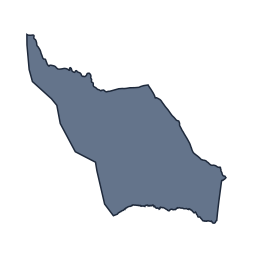 Massingir, Gaza, Mozambique, rotated 354°
{"feature_id": "85939544B66771942168992", "entity_name": "Massingir", "entity_type": "district", "adm_level": 2, "iso_a3": "MOZ", "parent_name": "Mozambique", "parent_adm1": "Gaza", "projection": "orthographic", "projection_center": [32.187, -23.787], "detail": "fine", "context": "isolated", "style": "filled", "palette": "slate", "viewbox_px": 256, "rotation_deg": 354, "n_neighbors": 0, "source": "geoboundaries", "source_scale": "gbopen_adm2", "svg_char_len": 5718}
<svg xmlns="http://www.w3.org/2000/svg" viewBox="0 0 256 256"><g transform="rotate(354 128 128)"><path d="M37.2,24.4L36.2,34.9L35.8,59.5L37.8,71.8L55.0,91.0L59.6,98.0L61.1,116.5L73.1,146.1L92.1,158.6L92.6,167.3L96.8,201.2L104.3,213.7L108.4,212.6L109.4,211.6L110.3,211.1L110.7,211.0L111.5,210.5L112.2,210.4L112.4,210.1L112.6,209.9L112.9,209.9L113.0,209.8L113.4,209.6L113.9,209.6L114.1,209.4L114.7,209.4L116.0,208.4L116.2,208.5L116.2,208.3L116.4,208.3L116.7,207.9L117.1,208.0L117.3,207.8L117.3,207.6L117.5,207.5L117.6,207.3L118.0,207.2L118.4,207.2L118.8,206.8L119.0,206.8L119.5,206.5L119.8,206.5L120.5,206.2L121.8,206.1L122.2,206.2L122.4,206.1L123.2,205.9L123.3,205.6L123.7,205.5L124.1,205.2L124.2,205.3L124.3,205.1L124.7,205.3L125.1,205.1L125.5,205.0L126.0,205.3L126.5,205.4L126.9,205.3L127.1,205.5L127.9,205.5L128.4,205.8L129.3,205.8L129.5,206.0L129.9,205.9L130.1,205.9L130.3,206.2L130.6,206.3L131.0,206.2L131.2,206.4L132.1,206.3L132.2,206.7L132.3,206.9L132.7,206.9L132.9,207.1L133.2,206.9L133.4,207.1L133.8,207.0L134.5,207.2L134.9,207.1L135.1,207.2L135.4,207.2L135.9,207.6L136.4,207.5L136.6,207.7L137.0,206.9L137.3,206.8L137.6,207.0L137.9,206.9L138.9,206.6L139.6,206.8L139.7,207.2L140.0,207.4L140.0,207.7L140.8,207.4L141.1,207.6L141.3,207.5L141.4,207.8L141.9,207.7L142.3,207.7L142.6,207.4L143.0,207.8L143.5,207.5L143.8,207.6L144.1,207.3L144.4,207.5L144.5,207.3L144.9,207.3L145.0,207.6L145.5,208.0L145.4,208.3L145.6,208.4L145.6,208.8L146.1,208.7L146.0,209.1L146.9,209.5L147.0,209.9L147.3,210.1L147.4,210.4L147.7,210.7L148.4,210.8L148.6,210.8L148.8,210.6L149.0,210.7L149.5,211.0L150.1,211.3L150.4,211.7L150.5,212.0L151.2,211.6L151.3,210.7L151.6,210.4L151.8,210.4L151.9,210.6L152.2,210.2L152.4,210.3L152.6,210.5L153.0,210.5L153.9,210.9L154.4,210.7L154.9,210.9L156.4,211.9L157.3,212.7L158.6,213.5L158.9,214.1L159.5,214.3L160.1,214.7L160.5,214.5L160.9,214.1L161.2,213.9L161.3,213.6L162.2,213.3L163.4,213.4L163.9,213.9L164.5,213.9L164.9,214.1L165.6,213.9L166.2,214.1L166.8,214.1L167.4,213.6L167.5,213.3L167.6,213.1L168.3,212.9L168.7,212.9L168.8,212.5L169.2,212.4L169.9,212.8L171.0,212.6L172.2,213.2L173.6,213.3L174.1,213.5L174.5,213.8L174.8,213.9L175.0,214.1L176.6,214.3L177.5,214.2L177.9,214.3L178.5,214.9L179.2,215.0L179.3,215.2L179.6,215.4L179.8,215.3L179.9,214.8L180.3,214.7L181.0,215.0L181.4,215.8L181.9,215.8L182.2,216.2L183.0,216.7L183.4,217.7L184.1,218.3L184.8,219.3L185.2,219.3L186.4,218.7L186.8,219.6L187.0,220.0L187.0,220.4L187.2,220.7L187.3,221.2L187.9,221.9L188.1,223.2L188.3,223.7L189.1,224.0L189.8,223.9L190.2,224.0L190.4,224.5L190.9,225.1L191.0,225.6L191.6,226.1L191.9,226.7L192.1,227.0L192.6,227.9L192.9,228.0L193.0,228.2L193.2,228.3L194.1,228.3L194.3,228.3L194.6,228.7L194.8,228.8L195.7,228.6L196.1,228.9L196.4,228.9L196.5,228.7L197.0,228.7L197.2,228.8L197.5,228.6L198.1,228.6L198.7,229.0L199.4,229.1L200.3,229.5L200.7,229.5L201.2,229.3L201.6,229.8L202.0,230.9L202.4,231.3L202.9,231.5L204.0,231.6L204.5,231.4L205.0,231.0L205.4,230.2L206.0,229.6L206.3,229.2L206.6,229.2L208.2,221.4L210.6,210.8L215.5,190.5L215.7,190.0L216.2,189.8L216.4,189.8L216.7,190.1L217.0,190.0L217.5,189.5L217.7,189.3L218.3,189.2L219.3,188.5L219.9,188.0L220.2,187.6L220.0,187.4L219.6,186.5L219.3,186.0L218.1,185.7L217.7,185.4L217.3,184.9L216.8,183.5L216.8,182.6L216.0,180.4L215.9,179.5L216.1,178.7L215.6,177.7L215.8,177.1L215.8,176.9L215.7,176.7L215.2,176.6L213.8,176.5L213.5,176.4L212.9,176.1L211.3,174.7L210.4,174.3L209.2,173.9L207.7,173.9L207.3,173.8L206.3,173.3L205.1,172.1L204.2,170.9L203.0,169.9L202.0,168.7L200.6,168.1L199.0,167.7L198.2,167.2L197.5,167.0L196.3,165.4L194.9,163.9L194.1,163.1L193.6,162.6L193.1,162.2L192.3,161.3L191.5,160.7L190.4,159.3L189.9,158.2L189.4,156.7L188.8,153.9L188.5,153.1L188.3,151.9L187.7,149.7L185.8,145.1L183.7,140.6L183.3,139.8L182.5,137.8L181.6,136.1L180.6,133.4L179.7,131.2L179.6,130.8L179.6,130.0L179.7,129.6L179.8,128.7L179.7,128.2L179.2,126.4L178.6,126.1L177.2,125.5L176.8,125.1L175.6,123.3L174.8,122.2L174.2,121.5L173.1,120.2L171.2,116.9L169.8,114.3L167.3,110.6L165.6,107.6L164.8,106.3L163.9,104.5L163.3,103.7L162.9,103.2L161.2,101.9L159.5,100.9L159.0,100.8L158.6,101.0L158.2,100.9L157.8,98.7L156.7,95.8L154.8,91.9L153.3,89.1L152.6,87.7L152.5,87.3L148.0,87.5L147.0,87.7L144.9,88.1L143.5,88.6L142.9,88.7L139.0,88.6L134.0,88.2L130.8,88.4L128.3,88.4L126.4,88.1L122.9,88.0L114.0,89.5L112.6,89.6L112.1,89.4L111.6,89.6L110.6,89.8L110.0,89.7L109.5,89.4L108.8,88.8L107.8,87.7L105.9,87.7L105.1,88.1L104.4,87.9L103.7,87.3L103.0,86.8L101.9,86.5L100.6,85.1L100.2,84.5L98.9,83.7L98.2,83.1L98.0,82.6L97.9,82.1L98.1,80.1L98.0,79.6L97.6,79.0L96.8,78.7L96.6,78.5L96.5,78.1L96.7,76.7L96.9,76.2L96.8,75.5L96.4,75.0L96.2,74.0L96.2,73.7L96.5,72.8L96.5,71.7L96.3,71.1L96.0,70.5L95.5,69.8L95.0,69.4L93.9,69.4L93.3,69.5L92.7,70.1L92.5,70.7L92.0,71.4L90.7,72.3L90.3,72.3L90.0,72.3L89.3,71.9L88.7,72.1L88.1,71.8L87.5,71.2L87.2,70.6L87.1,69.9L86.8,69.2L86.3,68.5L85.9,68.1L84.5,67.4L83.6,66.9L83.4,66.7L83.1,66.0L82.6,65.6L82.2,65.6L81.8,65.8L81.6,66.0L81.4,66.4L81.1,66.8L80.7,67.1L79.6,66.7L79.2,66.3L78.4,65.6L78.2,65.1L77.8,62.9L77.4,62.4L77.0,62.0L76.5,62.1L76.2,62.4L76.2,62.7L76.3,63.4L76.2,64.1L76.1,64.4L75.8,64.5L75.5,64.4L74.9,64.1L74.7,63.6L72.8,62.5L72.0,62.3L71.1,62.1L70.3,62.1L68.1,62.3L65.7,62.3L64.5,62.0L64.2,61.8L63.0,60.5L62.4,59.6L61.9,59.1L60.9,58.5L60.1,58.2L57.9,57.5L57.1,57.4L56.7,57.5L56.0,58.1L55.5,57.9L54.7,56.7L54.4,56.2L53.1,51.2L52.9,51.0L52.6,50.8L51.4,50.7L50.7,49.8L50.4,48.8L50.1,47.3L49.4,44.8L49.0,42.4L48.6,41.1L47.8,39.4L47.3,38.3L47.0,37.8L46.4,37.1L46.0,36.3L46.0,35.3L46.0,33.7L45.6,31.5L45.1,30.4L44.3,29.7L43.8,29.1L43.8,27.8L44.2,26.7L44.1,26.2L43.9,25.9L43.3,25.6L40.9,25.6L38.7,25.3L37.9,24.9L37.2,24.4Z" fill="#64748b" stroke="#1e293b" stroke-width="1.5"/></g></svg>